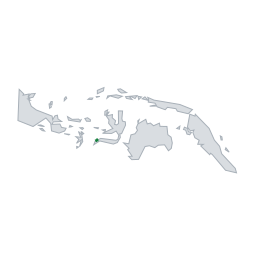 Bolaang Mongondow Timur, Sulawesi Utara, Indonesia shown in context, rotated 183°
{"feature_id": "22746128B26195600949416", "entity_name": "Bolaang Mongondow Timur", "entity_type": "district", "adm_level": 2, "iso_a3": "IDN", "parent_name": "Indonesia", "parent_adm1": "Sulawesi Utara", "projection": "albers", "projection_center": [124.549, 0.712], "detail": "medium", "context": "in_parent", "style": "filled", "palette": "green", "viewbox_px": 256, "rotation_deg": 183, "n_neighbors": 0, "source": "geoboundaries", "source_scale": "gbopen_adm2", "svg_char_len": 4267}
<svg xmlns="http://www.w3.org/2000/svg" viewBox="0 0 256 256"><g transform="rotate(183 128 128)"><path d="M86.4,107.4L90.6,113.1L96.9,112.4L100.2,109.8L105.7,111.4L110.0,110.4L115.8,97.2L122.6,96.6L125.9,99.7L122.4,100.0L127.2,106.4L125.9,107.8L131.6,112.9L126.4,112.3L124.7,121.3L120.7,122.6L118.4,126.2L119.8,128.7L118.3,132.6L110.7,137.6L109.0,133.1L105.9,134.1L102.6,131.6L96.9,134.5L96.1,131.3L89.2,131.6L87.9,123.4L84.5,121.1L83.0,115.4L83.7,109.9L86.4,107.4ZM17.3,88.9L28.4,90.9L42.4,105.9L44.2,107.1L45.0,105.6L54.4,113.9L52.0,115.6L57.5,115.4L56.3,119.5L60.7,121.8L63.0,127.0L62.0,129.4L65.6,128.4L68.7,132.0L67.0,145.0L61.7,143.4L61.5,145.3L47.0,131.9L41.1,120.4L35.6,114.6L33.1,107.2L18.8,93.3L17.3,88.9ZM238.3,129.7L238.7,160.9L233.9,156.6L234.5,155.3L228.5,156.8L229.4,153.7L227.8,152.1L228.3,151.9L229.3,152.0L229.8,151.8L227.0,150.6L228.3,150.3L225.7,144.6L220.5,141.2L204.4,135.9L203.7,132.3L201.6,136.3L199.2,137.1L198.4,133.4L194.6,131.0L203.0,130.2L204.0,127.7L196.2,128.4L194.4,125.1L189.8,124.5L191.1,121.7L196.6,119.3L204.2,121.1L205.4,128.6L210.5,133.7L222.9,124.5L238.3,129.7ZM160.2,112.9L154.7,116.2L139.3,115.1L137.5,116.3L136.8,120.3L139.7,124.3L144.1,121.7L153.2,121.4L143.1,126.7L147.6,131.7L147.4,135.1L150.4,138.9L144.2,140.6L144.3,137.4L140.8,134.6L141.6,130.9L139.6,130.5L137.7,131.9L138.5,144.6L134.3,144.7L134.6,137.1L133.9,134.6L131.0,134.0L130.6,130.8L134.1,122.0L135.8,121.8L135.2,118.1L137.9,112.9L141.8,111.2L155.6,113.6L161.3,109.5L160.2,112.9ZM68.6,145.4L79.6,147.4L81.2,149.8L89.7,150.7L91.8,148.2L100.0,150.7L102.3,154.2L109.1,154.9L109.0,157.8L109.9,159.6L103.5,157.2L77.5,154.2L64.6,149.8L68.6,145.4ZM174.0,113.6L178.6,110.0L176.5,114.1L179.6,116.6L174.7,116.2L177.3,122.0L173.8,118.8L172.5,112.1L175.4,107.0L174.0,113.6ZM176.3,131.5L187.8,132.7L189.0,136.2L184.3,133.7L177.8,134.3L176.0,132.9L174.9,134.5L176.3,131.5ZM149.9,159.0L141.4,160.5L135.4,159.4L139.3,157.2L147.7,159.1L150.6,156.6L149.9,159.0ZM125.4,156.7L131.1,157.5L132.1,159.2L120.7,160.8L122.5,157.8L126.5,159.5L127.8,158.9L125.4,156.7ZM160.4,160.6L160.6,164.0L154.1,167.1L154.5,163.8L160.4,160.6ZM68.8,125.0L70.3,128.9L72.5,129.4L71.7,131.8L68.5,130.6L67.5,127.5L64.4,126.8L66.0,124.5L68.8,125.0ZM226.8,157.0L222.5,157.6L224.5,153.7L227.9,152.8L229.0,154.2L226.8,157.0ZM136.4,162.6L139.1,164.3L140.3,166.1L137.6,166.7L131.3,163.3L136.4,162.6ZM169.8,132.6L171.6,135.2L168.9,136.1L165.9,134.2L166.0,132.7L169.8,132.6ZM109.4,156.7L115.4,157.9L112.7,160.0L109.4,156.7ZM118.8,157.0L119.7,160.2L116.1,159.7L118.8,157.0ZM79.3,130.1L76.3,132.6L76.6,129.5L79.3,130.1ZM207.3,143.6L208.1,147.8L206.7,148.0L205.6,145.0L207.3,143.6ZM107.5,150.9L102.9,152.2L100.9,151.4L107.5,150.9ZM151.9,139.6L151.9,143.4L149.3,145.0L150.3,140.0L151.9,139.6ZM25.7,109.2L29.8,111.5L29.2,113.4L25.7,109.2ZM35.4,124.9L33.8,124.1L33.2,121.0L34.4,120.9L35.4,124.9ZM191.6,156.0L190.7,154.5L193.1,151.8L193.1,154.2L191.6,156.0ZM186.7,118.0L191.5,119.0L186.1,118.6L186.7,118.0ZM157.9,125.7L162.3,126.8L157.5,126.7L157.9,125.7ZM149.9,141.5L147.5,143.3L149.6,140.0L149.9,141.5ZM211.1,120.6L213.5,120.9L215.9,122.7L213.7,123.1L211.1,120.6ZM169.5,154.5L167.9,155.9L164.7,156.1L165.5,154.5L169.5,154.5ZM207.2,148.5L206.2,150.4L205.0,150.4L205.1,147.3L207.2,148.5ZM176.0,125.7L173.2,126.0L172.4,125.3L173.6,124.1L176.0,125.7ZM211.5,125.1L215.1,125.4L218.4,126.1L215.2,126.5L211.5,125.1ZM150.6,123.4L153.5,124.7L150.5,125.3L150.6,123.4ZM178.3,106.9L176.3,106.5L178.1,105.1L178.3,106.9ZM157.7,158.1L161.0,157.0L161.4,157.7L157.7,158.1ZM186.7,125.8L186.2,127.5L183.7,126.6L185.0,126.1L186.7,125.8ZM118.6,135.7L117.3,136.9L118.3,133.2L118.6,135.7ZM173.2,119.2L174.7,121.6L174.1,121.9L171.9,120.1L173.2,119.2Z" fill="#d9dde1" stroke="#a8b0b8" stroke-width="1"/><path d="M157.6,114.0L157.7,114.3L157.7,114.5L157.7,114.8L157.8,114.9L158.0,114.9L158.0,115.0L158.2,115.3L158.3,115.3L158.3,115.2L158.5,114.9L158.6,114.7L158.7,114.4L158.8,114.4L158.9,114.2L159.0,114.2L158.9,114.1L158.9,113.9L159.1,113.8L159.1,113.7L159.3,113.6L159.2,113.5L159.1,113.4L159.0,113.2L158.9,113.1L158.7,113.2L158.6,113.4L158.6,113.5L158.4,113.6L158.3,113.8L158.3,114.0L158.2,114.0L158.1,113.9L157.9,113.9L157.9,114.0L157.6,114.0ZM159.2,113.7L159.1,113.8L159.2,113.7Z" fill="#22c55e" stroke="#15803d" stroke-width="1.5"/></g></svg>